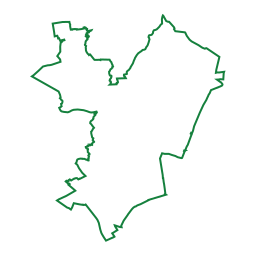 Suceava, Suceava, Romania (Natural Earth projection)
{"feature_id": "2599482B51087359831243", "entity_name": "Suceava", "entity_type": "district", "adm_level": 2, "iso_a3": "ROU", "parent_name": "Romania", "parent_adm1": "Suceava", "projection": "natural_earth1", "projection_center": [26.251, 47.664], "detail": "fine", "context": "isolated", "style": "outline", "palette": "green", "viewbox_px": 256, "rotation_deg": 0, "n_neighbors": 0, "source": "geoboundaries", "source_scale": "gbopen_adm2", "svg_char_len": 5511}
<svg xmlns="http://www.w3.org/2000/svg" viewBox="0 0 256 256"><path d="M102.0,234.2L103.9,237.4L106.0,240.6L114.2,236.9L114.5,236.7L114.4,236.5L112.2,233.3L117.4,230.1L115.1,226.3L114.8,225.4L119.9,227.0L121.6,227.2L121.2,225.8L123.7,220.6L127.8,214.8L127.9,214.5L131.9,209.2L133.5,207.5L135.1,206.5L135.7,206.5L137.3,205.4L140.5,204.2L148.7,200.1L148.6,199.9L166.0,194.7L164.9,193.9L165.3,193.3L164.7,188.5L164.1,184.2L163.7,182.1L163.2,178.1L162.9,178.1L162.7,175.1L160.0,158.5L162.1,153.3L164.8,153.9L168.9,153.9L172.0,155.0L175.4,156.0L177.7,157.2L180.5,157.9L181.7,158.1L182.1,157.9L184.6,151.5L184.0,151.1L184.3,150.6L185.0,151.0L185.5,150.5L185.2,150.3L185.6,150.2L185.3,150.0L186.8,146.4L187.7,145.0L191.3,135.2L191.6,134.6L190.7,133.7L191.2,132.7L192.1,133.0L193.0,130.8L194.1,126.3L199.8,112.7L203.4,104.9L206.3,100.0L207.4,97.5L208.1,96.1L208.6,94.8L209.7,93.2L211.0,90.1L220.6,86.3L222.2,85.4L222.5,84.3L221.9,83.4L220.7,82.1L220.3,82.0L217.0,79.6L218.7,79.5L220.2,79.2L223.3,79.4L223.7,73.0L224.1,71.8L219.0,72.5L217.5,72.4L215.9,72.8L216.3,69.8L219.4,56.9L206.5,48.2L206.0,48.2L204.9,48.7L203.0,48.0L202.0,47.5L198.6,45.2L191.6,41.4L189.6,39.7L189.0,38.9L186.8,35.9L185.2,32.5L184.6,32.3L175.3,31.2L174.0,29.1L174.5,28.3L173.9,27.1L169.2,21.9L168.9,21.7L168.2,21.8L167.5,21.6L166.2,21.0L163.2,15.6L162.9,15.4L162.4,16.7L161.9,19.2L162.1,23.6L160.7,24.7L159.4,26.7L156.8,29.3L155.5,29.9L154.1,30.2L153.8,30.4L153.1,31.7L153.0,33.0L151.9,34.6L150.8,35.1L149.3,35.2L148.9,35.6L148.5,37.1L149.1,37.9L149.2,38.6L149.5,39.3L148.6,42.5L147.7,45.1L147.0,46.3L146.4,46.9L145.3,49.2L143.9,49.8L142.8,49.9L142.3,50.2L141.4,51.2L140.5,51.6L139.7,52.3L138.3,53.2L136.7,55.2L135.0,58.0L134.5,59.4L134.0,60.3L132.9,63.4L130.5,67.3L130.5,67.7L129.0,69.8L127.3,71.1L126.9,71.7L126.7,72.1L126.9,73.4L126.8,74.0L124.0,74.6L123.9,75.1L124.0,75.9L125.1,76.9L125.8,78.2L116.9,78.5L117.0,79.2L117.7,81.0L118.0,82.2L117.8,82.6L117.0,82.8L117.0,83.4L116.4,83.5L116.4,84.3L109.8,84.6L110.6,83.8L110.8,83.3L111.0,82.2L110.8,81.7L110.5,81.8L110.3,81.7L110.2,81.1L109.6,80.6L109.6,80.4L110.1,79.1L110.9,78.3L111.1,77.5L111.4,77.1L111.5,76.0L111.3,75.7L110.1,75.6L109.8,75.3L109.2,73.5L109.1,71.6L109.8,71.0L110.4,69.4L111.6,68.6L112.0,67.9L112.5,67.6L112.6,67.3L112.4,66.8L113.0,66.3L112.5,65.4L112.5,64.9L112.0,64.1L111.3,62.1L110.4,61.2L109.6,59.7L100.7,59.5L100.5,60.1L99.5,59.8L94.7,59.9L94.3,59.7L90.1,54.4L89.7,54.4L89.3,54.9L89.0,55.1L88.7,54.6L87.6,53.6L86.4,51.7L85.9,50.2L85.9,48.5L85.7,47.9L85.8,47.0L86.1,46.0L85.0,45.1L84.9,44.7L85.4,43.7L85.5,42.5L85.5,42.1L85.8,41.4L85.8,41.1L86.4,40.5L86.6,40.1L87.5,39.4L87.5,39.1L87.2,38.3L87.8,37.9L88.7,36.8L88.9,36.3L88.5,36.0L87.4,35.8L86.6,36.5L86.2,36.6L86.0,36.4L86.4,36.2L86.2,35.4L86.6,35.2L86.0,34.8L86.3,34.3L86.4,33.9L87.4,33.8L87.0,33.0L87.5,32.8L87.5,32.4L88.5,32.1L89.0,32.2L89.3,31.5L91.4,30.4L91.5,30.2L88.3,31.0L88.0,30.8L87.6,30.8L87.3,30.4L86.9,30.3L87.0,29.6L86.6,29.5L86.3,29.2L86.7,28.7L86.1,28.5L85.9,27.8L85.5,27.5L85.3,27.5L85.1,27.8L84.8,27.8L84.9,27.4L84.6,27.2L83.7,27.5L84.0,28.4L84.0,28.5L81.3,29.1L76.9,29.6L76.8,29.1L75.0,29.2L74.9,29.0L72.5,29.2L72.4,29.7L70.8,29.7L70.5,28.4L70.1,26.0L70.2,24.5L69.7,23.5L69.4,21.9L62.6,22.0L52.7,23.6L54.1,31.9L54.7,36.4L57.2,35.7L57.6,36.3L58.1,38.4L59.0,38.2L60.1,40.6L64.2,39.6L64.4,40.2L62.8,40.6L62.4,41.2L61.5,42.3L60.7,42.4L60.2,46.7L60.3,51.7L57.3,56.1L60.1,59.4L60.5,61.8L51.6,64.8L49.6,65.2L47.8,65.3L43.0,66.5L38.5,70.8L33.6,75.2L31.9,76.4L58.6,91.5L60.0,94.7L60.6,97.4L59.9,98.2L60.8,99.1L61.0,99.6L62.3,100.6L62.5,101.2L62.4,102.2L62.1,103.1L61.6,103.9L61.1,104.0L61.4,105.9L61.6,106.2L60.9,106.9L59.2,107.8L60.0,109.6L60.8,110.8L61.6,111.4L63.9,111.9L67.8,112.3L69.7,111.6L71.6,110.5L73.6,109.8L77.7,109.5L83.6,110.2L87.0,111.2L89.4,112.1L91.1,112.5L93.3,112.3L96.5,111.6L96.8,112.2L96.4,112.5L96.5,112.9L95.9,113.7L95.7,113.8L95.1,113.5L94.4,113.7L94.4,114.1L94.5,114.4L95.1,114.6L95.3,115.0L93.5,117.0L93.4,117.4L93.5,118.2L93.1,118.7L93.2,119.1L92.2,120.2L91.2,120.8L90.3,122.1L90.2,123.2L91.6,124.6L91.9,125.2L94.0,127.8L93.1,128.7L91.9,130.9L91.1,131.8L91.3,132.3L91.2,133.1L92.2,137.5L93.3,138.3L93.0,138.8L93.0,139.4L92.7,140.0L93.1,140.3L93.2,140.9L94.1,141.7L94.1,141.9L93.4,142.4L92.8,142.6L92.1,143.5L91.7,143.9L92.1,144.5L92.2,144.9L92.1,145.0L91.0,144.6L90.3,144.6L90.7,144.9L90.3,145.3L90.0,145.4L89.7,145.1L89.1,145.2L88.2,146.0L88.0,146.3L87.6,146.2L87.4,145.9L86.8,146.7L86.4,147.0L86.0,147.0L86.1,147.3L85.9,147.5L86.3,148.2L87.9,148.9L88.0,149.4L87.7,149.6L87.6,150.1L87.8,150.7L87.8,152.1L89.5,153.8L89.5,154.0L89.1,153.9L88.9,154.0L88.7,154.9L88.8,155.8L88.5,155.9L89.0,156.8L88.5,157.7L88.4,158.0L88.6,158.3L88.3,158.6L88.5,159.1L88.6,160.4L88.2,160.5L87.6,159.9L87.2,160.0L86.9,159.7L85.9,159.6L84.6,158.9L82.4,158.9L82.3,158.7L80.5,158.6L78.9,158.9L78.0,159.2L77.3,159.6L76.8,160.8L76.7,161.8L75.7,163.5L77.2,164.6L79.0,168.2L82.2,172.8L85.5,176.0L81.1,178.2L79.7,178.9L79.5,178.7L78.3,179.4L77.1,178.2L76.4,178.1L75.2,178.3L74.6,178.7L74.2,178.6L71.1,180.5L69.8,179.4L68.4,180.3L67.7,181.0L68.2,181.3L67.5,181.9L67.3,181.9L66.8,181.3L66.9,181.2L66.4,180.8L65.7,181.4L66.5,182.2L67.2,182.7L67.3,182.6L68.2,183.5L68.3,183.7L68.1,183.8L68.3,184.1L69.3,183.7L69.7,184.1L68.7,185.0L74.6,190.0L75.3,190.7L66.3,195.9L58.9,199.3L57.0,200.5L67.2,207.6L68.9,208.1L70.9,209.6L72.1,207.5L73.8,203.2L79.2,204.3L82.9,204.9L82.9,204.7L85.6,205.0L85.8,204.7L96.3,218.2L97.4,219.8L98.8,222.9L100.3,229.6L101.3,232.8L102.0,234.2Z" fill="none" stroke="#15803d" stroke-width="2"/></svg>